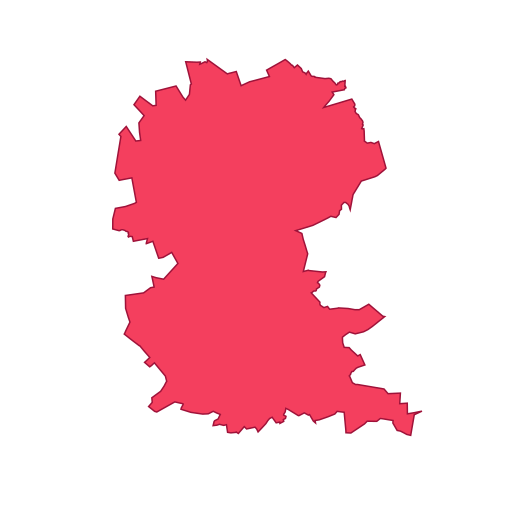 the district of Quiriego, Sonora, Mexico, rotated 80°
{"feature_id": "50627088B40581127001801", "entity_name": "Quiriego", "entity_type": "district", "adm_level": 2, "iso_a3": "MEX", "parent_name": "Mexico", "parent_adm1": "Sonora", "projection": "orthographic", "projection_center": [-109.479, 27.591], "detail": "fine", "context": "isolated", "style": "filled", "palette": "rose", "viewbox_px": 512, "rotation_deg": 80, "n_neighbors": 0, "source": "geoboundaries", "source_scale": "gbopen_adm2", "svg_char_len": 5733}
<svg xmlns="http://www.w3.org/2000/svg" viewBox="0 0 512 512"><g transform="rotate(80 256 256)"><path d="M437.6,119.5L437.8,127.9L437.7,134.3L427.2,132.6L426.4,140.1L416.1,137.6L414.5,149.9L409.2,153.0L400.1,178.5L399.9,180.2L397.5,183.1L391.0,184.6L390.3,185.0L389.0,183.4L388.4,183.3L388.0,183.0L387.8,182.8L386.4,181.6L386.5,180.2L385.5,179.0L383.9,176.8L383.3,174.9L382.2,167.7L371.2,170.5L372.1,173.2L365.0,178.6L362.4,180.2L361.3,185.0L356.6,185.7L351.6,185.1L350.9,184.9L349.0,181.4L347.2,177.2L349.9,171.8L349.3,163.2L347.9,158.6L345.6,153.7L338.0,139.8L337.3,141.6L323.1,153.3L326.8,163.6L326.1,167.8L323.7,174.4L321.4,184.0L321.6,184.4L321.2,192.7L318.1,194.3L318.6,198.1L315.8,201.1L314.3,201.5L312.8,201.1L312.5,201.1L301.9,208.0L301.3,206.5L300.6,205.6L300.6,204.6L300.8,203.5L300.7,203.0L300.4,202.7L300.0,202.5L299.0,202.2L297.6,199.0L295.8,198.2L293.8,199.1L293.0,200.1L291.8,199.4L288.3,192.1L284.7,190.5L283.7,189.9L283.3,193.3L279.5,206.5L279.1,206.9L279.5,212.1L262.8,204.7L259.8,205.1L253.6,205.8L253.0,205.9L247.7,206.6L241.8,206.9L241.4,207.4L237.9,212.5L235.7,194.7L231.1,178.9L229.9,175.4L232.0,170.5L229.4,167.0L225.9,165.8L224.8,163.7L220.8,163.1L218.5,160.1L218.8,158.4L221.1,156.4L223.1,155.6L225.5,155.4L226.8,155.2L224.9,154.5L219.9,152.6L216.4,151.3L214.4,150.5L213.7,150.3L212.3,149.7L200.5,139.3L198.6,125.2L197.8,122.4L192.8,113.6L192.1,112.7L164.5,115.5L165.9,120.0L164.1,123.1L164.2,126.8L161.5,129.4L160.9,129.1L151.7,127.8L149.3,127.7L149.3,129.1L148.9,129.8L145.6,127.7L144.9,128.3L143.2,127.6L142.8,127.4L142.0,127.6L141.7,127.6L141.2,127.7L140.2,128.3L139.1,128.8L138.3,129.4L137.8,129.8L134.6,130.7L133.1,132.5L130.8,133.4L130.1,133.0L129.7,132.9L129.3,132.8L129.0,132.7L128.6,132.8L128.3,132.6L128.2,132.5L128.2,132.3L127.8,132.6L127.7,132.9L127.7,133.1L127.2,133.3L126.9,133.5L126.5,133.9L126.4,133.9L126.3,134.0L126.1,134.0L125.4,132.9L124.7,132.5L124.3,132.4L123.6,132.3L118.1,134.4L121.5,163.5L119.5,161.2L116.2,157.1L110.7,151.3L107.8,152.5L107.6,140.1L106.5,139.6L106.0,138.2L104.3,138.5L104.3,139.1L98.7,137.7L98.7,137.9L98.7,138.1L98.8,138.4L98.8,138.5L99.3,138.9L99.3,139.0L99.2,139.2L99.1,139.4L99.0,139.7L98.8,140.3L98.8,140.6L98.9,140.9L99.1,141.6L99.1,141.8L99.0,142.1L98.9,142.3L99.0,142.5L99.1,142.8L99.2,143.0L99.2,143.4L99.3,143.5L99.5,143.6L99.9,143.9L100.0,144.1L100.0,144.5L99.9,145.1L100.0,145.2L100.0,145.3L100.3,145.5L100.7,145.7L100.9,145.7L101.0,145.7L101.1,145.9L101.2,146.1L101.4,146.4L101.5,146.6L101.5,146.8L101.5,147.0L101.3,147.2L101.2,147.5L100.3,147.8L99.2,148.4L98.7,148.8L98.4,149.0L98.2,149.1L97.8,149.4L97.6,149.7L97.4,149.8L97.0,150.0L96.6,150.1L96.2,150.5L95.5,150.8L95.0,151.1L94.5,151.5L94.4,151.5L93.6,153.4L93.3,157.2L90.2,166.9L89.8,166.9L89.6,166.9L89.5,167.1L89.3,167.4L89.2,167.6L89.1,168.2L89.0,168.6L88.9,169.0L88.9,169.4L88.7,169.8L88.5,170.1L88.2,170.4L83.0,172.4L84.1,173.6L85.2,174.8L85.7,175.1L84.8,175.5L84.4,175.8L83.6,176.8L82.9,177.9L82.8,178.0L82.6,178.1L80.0,178.7L79.5,178.8L79.2,178.9L75.1,182.0L77.2,185.6L74.5,187.0L74.4,187.6L74.3,187.8L72.7,188.8L71.4,189.8L70.4,190.6L69.2,191.6L67.6,193.1L70.3,200.6L72.4,206.6L74.8,213.3L81.6,211.6L82.9,226.8L83.3,232.0L85.7,241.1L70.9,243.4L71.4,249.5L71.3,249.8L71.4,250.1L71.6,252.3L71.7,252.6L53.9,269.9L55.6,269.9L57.0,270.9L55.9,272.5L56.9,276.1L57.0,276.4L57.1,277.0L57.4,278.1L55.3,277.2L54.9,280.5L52.5,291.5L75.4,289.8L76.0,290.9L85.3,293.5L90.3,298.3L86.8,300.4L74.7,305.2L76.3,326.2L90.3,328.2L90.2,331.6L78.5,342.6L85.8,349.9L98.3,341.8L104.6,348.2L113.9,349.2L122.2,349.5L121.9,354.4L105.9,361.3L112.3,369.8L114.8,368.3L125.1,371.9L129.6,373.5L149.9,380.6L157.7,377.6L157.6,372.8L157.5,364.7L169.7,364.6L182.4,364.5L183.1,366.5L184.6,376.0L184.7,386.2L194.7,390.6L204.5,392.4L206.0,389.2L207.3,386.4L207.2,385.9L207.3,385.7L207.2,385.3L207.0,384.8L206.9,384.5L206.9,384.2L206.8,383.6L206.9,383.2L207.1,382.4L207.5,381.7L207.7,381.4L208.0,380.7L208.8,380.0L209.2,379.6L209.3,379.2L209.3,378.8L209.6,378.5L209.7,378.3L210.2,377.9L210.4,377.6L210.5,377.5L210.8,377.5L211.2,377.8L211.6,377.9L212.2,377.6L212.5,377.7L213.0,377.7L213.3,378.0L214.6,378.6L215.2,378.2L214.9,377.6L214.8,376.5L214.8,376.4L215.4,374.5L220.2,374.2L220.0,359.8L224.5,361.9L224.8,361.9L223.6,355.0L241.3,352.2L241.3,350.8L241.2,347.7L237.8,338.4L249.8,334.2L262.8,351.0L260.0,358.2L258.0,362.1L260.0,362.0L268.9,361.7L268.9,365.3L272.8,373.1L272.3,388.5L272.2,391.5L284.9,393.5L294.1,392.4L299.2,391.6L307.4,397.5L308.6,398.2L310.0,399.3L316.2,393.8L319.8,390.5L324.1,386.5L324.1,386.1L330.6,382.4L337.5,378.2L341.4,384.2L346.7,379.9L345.5,377.5L345.0,376.9L343.6,374.6L358.5,366.1L364.0,365.7L364.5,366.3L368.2,369.1L372.7,373.4L377.5,383.2L382.1,383.6L385.6,387.9L391.4,382.8L392.4,380.8L385.6,361.3L388.8,353.6L389.5,353.5L392.7,356.0L393.9,356.5L398.7,347.2L402.4,336.0L402.9,332.2L403.1,330.3L401.5,325.1L403.9,321.8L405.8,318.7L409.9,321.6L411.0,325.2L411.7,326.0L415.6,327.7L415.8,323.8L415.4,321.2L417.2,317.2L417.0,314.4L424.7,314.6L425.8,311.5L426.2,306.5L425.9,306.1L427.7,304.2L422.0,297.2L424.7,295.3L424.4,286.7L426.4,285.4L429.6,284.5L426.6,280.4L422.8,275.4L420.1,272.9L418.4,270.8L417.6,268.1L423.8,265.1L423.7,261.4L425.0,261.5L423.7,257.4L421.8,257.5L421.1,255.2L419.1,254.3L417.5,256.4L416.7,256.2L414.6,254.3L411.2,253.1L412.8,250.8L420.4,242.2L420.7,241.5L418.9,235.7L421.8,232.0L421.5,230.8L428.5,228.2L430.7,226.4L428.3,226.4L428.3,222.1L426.8,212.9L425.3,205.8L423.1,203.1L425.2,196.3L443.5,197.8L445.7,198.1L446.8,193.3L440.2,178.3L438.0,175.2L439.8,165.8L437.6,161.8L438.5,158.9L440.0,154.7L441.8,149.6L444.3,150.2L448.7,148.6L452.3,147.3L453.5,144.2L455.6,141.4L457.9,138.5L459.5,134.8L439.8,127.7L437.6,119.5Z" fill="#f43f5e" stroke="#9f1239" stroke-width="1.5"/></g></svg>